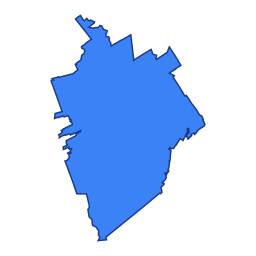 the district of Suseni, Arges, Romania
{"feature_id": "2599482B85414360920749", "entity_name": "Suseni", "entity_type": "district", "adm_level": 2, "iso_a3": "ROU", "parent_name": "Romania", "parent_adm1": "Arges", "projection": "mercator", "projection_center": [24.957, 44.701], "detail": "fine", "context": "isolated", "style": "filled", "palette": "blue", "viewbox_px": 256, "rotation_deg": 0, "n_neighbors": 0, "source": "geoboundaries", "source_scale": "gbopen_adm2", "svg_char_len": 5253}
<svg xmlns="http://www.w3.org/2000/svg" viewBox="0 0 256 256"><path d="M101.8,26.2L101.6,25.9L101.4,25.9L100.9,25.7L100.2,25.6L99.9,25.5L99.4,26.3L99.0,26.7L97.7,27.7L97.2,27.7L96.7,27.6L95.8,27.5L95.6,27.6L95.4,27.6L95.2,27.7L94.9,27.8L93.8,28.0L93.1,28.1L92.7,28.1L92.0,28.0L90.1,27.7L89.7,27.6L89.4,27.4L89.0,27.2L88.9,27.2L93.1,23.8L94.3,22.9L94.5,21.6L93.8,21.5L93.2,21.4L92.7,21.2L92.3,20.9L92.1,20.8L91.8,20.7L91.5,20.5L90.6,20.0L89.3,20.8L88.7,20.6L88.5,20.4L87.9,20.0L87.6,19.1L86.8,18.4L85.6,19.5L85.0,20.2L84.3,20.7L83.7,20.3L83.1,19.6L82.9,19.4L82.6,19.0L82.2,18.4L81.6,17.4L81.4,17.1L81.1,16.5L80.9,16.2L80.7,15.6L80.5,15.4L77.4,17.5L75.7,18.8L75.5,19.0L91.4,39.2L85.5,43.4L85.3,44.0L81.4,46.7L81.7,48.0L84.1,49.4L84.8,50.6L84.1,53.6L82.5,54.6L81.7,55.6L81.1,58.4L81.0,59.9L76.1,63.4L76.6,64.2L75.4,64.7L77.8,69.8L73.0,73.7L61.7,76.6L60.3,77.0L59.6,77.4L59.1,77.4L58.4,76.7L56.9,77.5L56.5,77.6L54.9,77.9L54.0,78.1L52.4,78.5L52.1,78.6L52.3,78.9L53.0,79.6L53.5,80.1L51.2,80.3L51.2,80.5L51.4,81.8L54.2,89.2L62.1,111.6L55.2,113.5L54.6,118.5L58.0,117.1L58.4,117.5L62.1,116.4L63.5,116.1L64.0,116.9L68.2,115.8L68.9,116.7L69.6,119.8L70.7,119.3L71.2,120.0L71.5,120.9L70.3,121.4L71.8,122.9L72.4,123.6L72.3,124.5L63.5,128.9L63.8,129.3L61.4,130.4L62.3,131.1L62.0,131.4L62.3,131.9L60.6,133.7L58.7,134.7L59.4,136.2L59.3,137.7L61.4,136.3L65.2,134.7L65.4,135.2L69.8,133.8L70.4,135.0L73.5,133.4L73.7,133.8L80.5,130.6L80.4,131.9L76.3,133.8L76.1,135.2L75.0,136.2L66.2,140.7L66.4,143.7L67.5,144.8L65.8,145.8L65.9,146.0L63.1,146.9L63.4,149.5L69.0,147.2L68.7,148.4L69.5,149.3L70.1,149.0L70.4,149.1L71.6,148.5L71.6,149.6L70.1,151.3L71.0,153.2L70.5,153.5L69.4,153.1L68.9,152.4L67.6,153.1L69.0,154.9L69.3,157.4L68.2,159.0L68.3,159.3L67.4,159.9L67.3,160.3L65.0,161.0L68.5,170.2L68.5,170.4L72.6,181.3L76.8,193.8L86.5,193.9L89.2,205.1L89.2,205.4L89.2,207.6L87.9,209.5L89.2,217.0L91.9,219.5L92.0,220.2L92.3,223.7L92.7,225.4L96.2,227.1L98.7,231.0L98.4,234.9L99.9,237.4L98.1,240.6L106.5,239.8L105.9,237.2L123.5,222.8L137.4,211.6L151.2,200.2L152.3,199.2L153.3,198.5L154.2,197.7L157.1,195.3L158.6,194.1L159.5,193.2L160.1,193.4L160.7,193.7L161.5,192.5L162.0,192.2L161.8,191.6L161.7,190.4L161.4,189.3L160.8,188.3L160.7,187.7L160.9,187.5L164.2,183.9L163.5,183.3L162.2,182.8L162.2,182.4L162.8,182.3L164.6,180.3L165.3,179.5L166.0,178.1L166.3,177.4L166.3,177.2L166.0,176.1L166.8,174.1L165.3,174.3L165.0,173.8L164.8,173.4L166.4,173.2L166.4,172.6L168.0,172.4L168.7,170.6L168.0,170.4L168.7,167.6L169.3,163.7L169.4,161.0L169.9,161.2L170.1,159.0L170.3,155.7L171.0,150.2L169.1,149.4L168.8,149.1L168.9,148.6L169.2,148.4L169.9,147.6L170.3,148.2L170.6,148.3L171.7,148.4L172.4,148.4L173.1,148.5L173.5,148.6L174.4,147.2L175.8,145.0L176.1,145.1L177.9,142.2L179.6,139.5L180.0,138.7L180.1,138.8L182.0,139.6L183.0,140.5L184.1,138.2L184.4,137.8L185.1,136.4L185.9,134.6L186.7,133.2L187.6,131.6L187.4,129.9L187.3,129.1L187.2,128.8L187.7,128.4L187.8,128.6L188.4,128.9L188.6,128.9L188.9,129.3L189.0,129.6L188.8,130.1L188.8,130.7L188.9,131.3L188.8,131.6L189.0,132.3L188.9,132.5L188.7,132.7L188.4,133.1L188.2,133.1L187.8,133.1L187.7,133.2L187.6,133.4L187.5,133.6L187.4,134.0L187.2,134.6L186.9,134.9L186.7,135.1L186.3,135.7L186.3,136.2L186.4,136.6L186.8,136.7L187.2,136.7L187.5,136.8L187.7,137.1L187.5,137.6L187.5,137.8L187.7,138.9L187.8,139.0L188.2,139.0L188.5,138.8L189.1,137.8L190.1,137.1L190.4,136.6L190.6,136.4L191.0,136.3L191.4,136.0L191.6,135.8L191.6,135.5L191.5,135.4L191.3,135.1L191.3,134.5L191.7,133.9L192.0,133.7L192.7,133.8L193.0,133.8L193.3,133.4L193.6,133.4L193.8,133.2L194.1,133.1L194.3,133.1L194.5,133.4L194.7,134.3L195.9,133.3L197.2,131.4L198.4,129.8L202.6,127.0L204.5,125.8L204.8,124.5L204.8,124.0L204.3,123.1L204.0,122.2L203.2,120.6L203.3,119.9L203.3,119.3L201.7,116.0L199.6,114.9L198.8,113.8L198.0,112.3L197.2,110.9L196.9,110.4L196.4,109.8L195.8,108.9L194.1,106.6L193.9,106.3L193.6,106.0L192.7,104.9L191.5,103.3L189.5,100.1L188.9,99.2L188.7,98.9L187.7,97.4L186.4,95.5L186.2,95.4L185.1,96.0L184.8,96.0L184.7,95.8L184.2,95.2L184.0,94.7L183.5,93.9L183.4,93.7L182.2,91.5L181.9,91.0L180.8,89.3L179.5,87.2L179.1,86.6L178.9,86.3L178.5,85.6L178.2,85.1L177.7,84.3L177.3,83.7L177.1,83.5L176.3,82.1L176.1,81.8L176.0,81.7L174.5,79.3L173.5,77.6L172.9,76.7L174.4,75.8L174.3,75.7L172.9,74.9L171.2,74.1L169.3,73.1L175.7,69.0L175.5,68.7L180.9,65.3L178.1,60.9L178.1,60.5L169.4,47.0L169.3,46.9L167.3,52.3L156.4,59.5L155.8,58.8L156.3,56.8L156.6,55.3L153.2,54.4L152.8,53.9L151.1,49.4L143.3,54.1L138.0,57.5L135.7,58.8L133.7,60.4L133.3,55.7L133.1,54.4L132.8,52.0L132.8,51.4L132.6,50.3L132.5,49.9L132.5,49.3L132.3,47.8L132.3,47.0L132.0,45.1L132.0,44.8L131.9,44.6L131.9,44.1L131.7,42.6L130.9,35.7L130.8,34.8L130.7,34.7L127.3,36.9L124.6,38.4L122.0,40.0L121.6,39.9L119.2,41.3L118.3,41.9L112.3,45.3L110.6,46.3L110.7,46.2L110.9,45.5L110.8,44.7L110.8,44.0L110.8,43.2L110.6,42.8L110.2,42.1L109.6,41.4L109.4,40.8L109.2,40.2L109.2,39.6L109.3,39.0L109.5,38.3L109.4,38.1L109.4,37.8L109.2,37.4L108.8,37.1L108.4,36.9L107.5,36.7L106.7,36.6L106.3,36.4L106.1,36.0L105.8,35.5L105.7,35.0L105.9,34.4L106.3,33.5L106.8,32.4L107.1,31.7L107.2,31.1L106.8,30.5L106.2,30.4L105.1,30.0L104.0,29.6L103.6,29.4L103.4,29.1L103.0,28.4L102.5,27.5L102.0,26.5L101.9,26.3L101.8,26.2Z" fill="#3b82f6" stroke="#1e3a8a" stroke-width="1.5"/></svg>